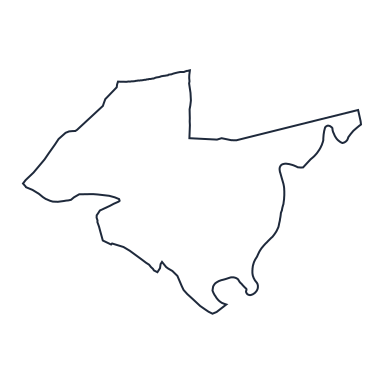 the district of Kafr Sad, Dumyat, Egypt
{"feature_id": "37247803B5447548481781", "entity_name": "Kafr Sad", "entity_type": "district", "adm_level": 2, "iso_a3": "EGY", "parent_name": "Egypt", "parent_adm1": "Dumyat", "projection": "orthographic", "projection_center": [31.687, 31.359], "detail": "fine", "context": "isolated", "style": "outline", "palette": "slate", "viewbox_px": 384, "rotation_deg": 0, "n_neighbors": 0, "source": "geoboundaries", "source_scale": "gbopen_adm2", "svg_char_len": 6006}
<svg xmlns="http://www.w3.org/2000/svg" viewBox="0 0 384 384"><path d="M42.9,197.1L45.8,199.0L46.9,199.4L48.0,199.9L50.1,200.8L52.8,201.6L57.9,201.8L63.9,201.0L66.1,200.6L68.4,200.4L71.0,199.8L74.0,197.3L77.8,195.1L79.2,194.3L92.9,194.1L95.4,194.3L97.9,194.5L109.2,195.8L114.7,197.3L119.1,199.1L119.6,200.8L118.7,201.6L113.7,203.8L110.0,205.8L99.9,210.5L97.9,213.6L96.7,215.3L96.6,217.7L97.5,220.4L97.4,222.1L99.0,226.6L100.4,231.8L102.8,240.5L106.3,242.2L111.1,244.5L112.1,243.5L123.5,247.0L129.7,250.7L141.6,259.4L146.1,262.8L149.1,264.7L151.0,267.1L152.9,268.8L153.9,270.4L157.4,272.2L160.0,268.2L160.6,264.1L162.0,261.9L166.1,267.0L168.1,268.5L172.4,271.0L177.4,275.9L181.7,286.0L183.6,290.0L187.3,294.1L192.7,299.0L200.2,306.0L205.1,309.4L208.5,311.7L212.5,313.7L216.6,312.0L226.3,304.5L225.1,304.1L223.9,303.7L222.7,303.2L221.7,302.8L221.0,302.3L220.0,301.6L219.4,301.1L218.5,300.3L217.7,299.4L217.2,298.8L216.7,298.2L216.3,297.6L215.8,296.8L215.3,296.0L214.7,295.2L214.2,294.3L213.5,293.0L213.3,292.5L212.9,291.6L212.5,290.5L212.8,288.5L213.1,286.7L213.2,286.4L213.5,285.8L213.9,285.1L214.4,284.4L214.7,284.0L215.1,283.5L215.5,283.1L216.0,282.8L216.7,282.3L218.1,281.5L218.8,281.1L219.5,280.8L220.2,280.6L220.9,280.3L222.0,280.0L222.9,279.8L225.1,279.2L227.0,278.6L228.8,278.0L229.8,277.7L230.3,277.5L230.9,277.4L231.4,277.3L232.3,277.3L232.8,277.3L233.4,277.3L234.2,277.5L234.8,277.6L235.3,277.8L235.9,278.0L236.4,278.2L236.9,278.5L237.3,278.8L237.8,279.1L238.2,279.5L238.5,280.1L239.0,280.9L239.5,281.7L240.1,282.5L240.8,283.2L241.3,283.6L241.6,283.9L242.6,285.1L244.1,286.7L245.1,287.7L246.3,288.8L246.5,289.6L246.4,290.3L246.0,291.2L246.2,292.5L246.9,293.6L247.1,293.9L247.4,294.2L247.7,294.4L248.1,294.6L248.6,294.8L249.2,295.0L249.8,295.1L250.3,295.1L250.7,295.0L250.9,295.0L251.7,294.7L252.6,294.4L253.1,294.1L253.6,293.8L254.3,293.3L255.0,292.8L255.4,292.3L255.8,291.9L256.4,291.2L256.9,290.4L257.3,289.6L257.5,289.1L257.7,288.5L257.8,287.8L257.9,287.3L257.9,287.0L257.9,286.5L257.9,286.3L257.9,285.7L257.8,285.1L257.6,284.5L257.5,284.0L257.4,283.7L257.1,283.3L256.9,282.8L256.4,282.2L255.6,281.2L254.9,280.3L254.4,279.3L253.8,278.3L253.7,278.0L253.4,277.3L253.3,276.9L253.0,276.2L252.8,275.5L252.7,275.1L252.7,274.8L252.5,274.0L252.5,273.6L252.4,272.9L252.4,272.5L252.4,271.8L252.4,271.0L252.4,270.4L252.5,269.5L252.5,268.6L252.6,268.1L252.7,267.2L252.8,266.3L253.0,265.4L253.1,264.9L253.3,264.5L253.5,263.6L253.8,262.7L254.1,261.8L254.7,260.6L255.1,259.7L255.6,258.9L256.1,258.1L256.6,257.3L257.0,256.7L257.7,255.1L258.2,254.0L258.7,253.0L259.2,251.9L259.8,250.9L260.4,249.9L261.4,248.4L262.1,247.5L262.9,246.6L263.6,245.7L264.8,244.4L265.6,243.5L266.7,242.5L267.9,241.2L269.5,239.6L271.1,238.0L272.5,236.8L272.8,236.4L273.5,235.5L274.2,234.6L275.1,233.3L275.7,232.4L276.3,231.5L276.6,230.9L277.1,229.9L277.8,228.4L278.4,227.1L278.8,225.4L279.2,223.3L279.7,221.2L279.9,220.2L280.0,219.2L280.4,217.1L280.7,215.0L280.9,213.0L281.1,212.3L281.4,211.7L281.6,211.0L281.9,210.4L282.0,209.6L282.2,208.6L282.4,207.6L282.5,207.1L282.7,206.6L282.9,205.6L283.4,204.2L283.6,202.6L283.8,201.1L283.9,200.4L284.1,198.9L284.1,198.2L284.2,196.7L284.3,195.2L284.3,194.4L284.3,192.9L284.3,191.0L284.2,189.9L284.2,188.8L284.1,187.8L284.0,186.8L283.9,186.3L283.8,185.7L283.6,184.7L283.4,183.7L283.1,182.7L282.4,180.3L281.5,177.2L280.6,174.0L280.3,172.9L280.0,172.1L279.9,171.7L279.8,170.8L279.7,170.4L279.6,169.6L279.6,169.0L279.6,168.4L279.7,168.0L279.8,167.5L279.8,167.3L280.0,166.9L280.1,166.7L280.3,166.3L280.6,165.8L280.9,165.4L281.2,165.1L281.7,164.7L282.2,164.4L282.7,164.2L283.5,164.0L284.3,163.8L285.2,163.7L285.7,163.7L286.3,163.7L287.7,163.9L289.2,164.1L290.7,164.5L292.2,164.9L293.7,165.4L295.1,166.0L296.5,166.6L297.8,167.3L299.3,167.4L300.3,167.5L301.8,167.5L303.1,167.4L310.6,159.3L311.8,158.3L313.1,157.2L314.3,156.1L315.4,154.9L316.2,154.0L316.9,153.2L317.9,151.8L318.5,150.9L319.4,149.6L320.2,148.2L320.7,147.3L321.1,146.3L321.6,145.4L321.8,144.9L322.0,144.4L322.3,143.4L322.7,142.4L323.0,141.3L323.3,140.2L323.3,138.6L323.4,137.3L323.5,136.0L323.6,134.7L323.8,133.4L323.9,132.8L324.0,132.1L324.2,130.8L324.4,130.2L324.7,128.9L325.1,127.5L325.3,127.3L325.5,126.9L326.0,126.5L326.5,126.2L327.0,125.9L327.6,125.7L328.0,125.6L328.5,125.7L329.0,125.8L329.7,126.0L330.2,126.2L330.6,126.5L331.0,126.8L331.4,127.1L331.8,127.4L332.1,127.8L332.3,128.0L332.4,128.4L332.5,129.2L332.5,129.5L332.6,130.2L332.8,131.0L333.0,131.7L333.1,132.0L333.4,132.7L333.7,133.3L334.1,134.2L334.5,135.2L334.8,135.9L335.2,136.5L335.4,136.9L336.0,137.8L336.6,138.7L337.3,139.5L338.1,140.3L339.0,141.0L339.9,141.7L340.8,142.3L341.5,142.6L342.3,143.0L342.5,143.0L343.0,142.9L343.5,142.7L344.0,142.6L344.4,142.4L344.9,142.1L345.3,141.9L345.9,141.4L346.3,141.1L346.6,140.7L347.0,140.3L347.3,139.9L347.5,139.4L347.7,139.0L347.9,138.5L348.1,138.0L348.2,137.4L348.4,137.1L349.8,135.2L350.7,134.0L352.2,132.2L353.2,131.0L353.6,130.6L355.2,129.2L356.7,127.9L359.0,126.0L361.0,124.5L360.6,121.2L358.1,110.0L315.0,120.7L236.3,140.3L231.3,140.2L221.6,138.2L217.0,139.6L189.4,138.2L189.9,125.2L189.7,121.4L189.8,118.2L189.6,109.3L190.3,105.5L190.9,100.5L190.5,92.9L189.1,83.4L189.5,81.3L189.2,78.1L189.3,74.9L189.9,70.3L189.3,70.4L187.8,70.9L186.9,70.9L185.1,71.5L183.9,72.0L180.1,72.0L179.2,72.2L177.7,72.5L175.6,73.0L173.3,73.6L171.2,74.4L170.6,74.4L168.5,74.7L167.9,75.3L166.2,75.5L164.7,75.8L164.1,75.8L161.1,76.3L160.5,76.6L158.8,77.1L156.7,77.4L155.5,77.7L153.7,78.5L152.9,78.5L150.5,79.0L149.0,79.0L148.4,79.3L147.8,79.3L146.3,79.5L145.8,79.8L144.6,79.8L143.1,80.1L141.9,80.3L140.7,80.3L139.3,80.6L138.1,80.5L136.9,80.8L136.0,80.8L135.1,81.1L133.3,81.3L131.6,81.3L130.1,81.6L128.3,81.5L126.8,81.8L119.8,81.7L118.0,81.6L117.1,84.4L116.7,87.3L105.3,99.1L103.8,103.2L102.9,105.9L77.1,129.8L75.3,131.0L74.8,131.0L72.4,131.1L69.1,131.4L65.6,132.8L58.6,139.0L54.9,144.6L48.8,153.2L44.5,159.5L33.5,172.6L25.7,180.0L23.0,183.5L25.7,186.6L26.0,187.2L32.5,189.9L39.0,193.9L42.9,197.1Z" fill="none" stroke="#1e293b" stroke-width="2"/></svg>